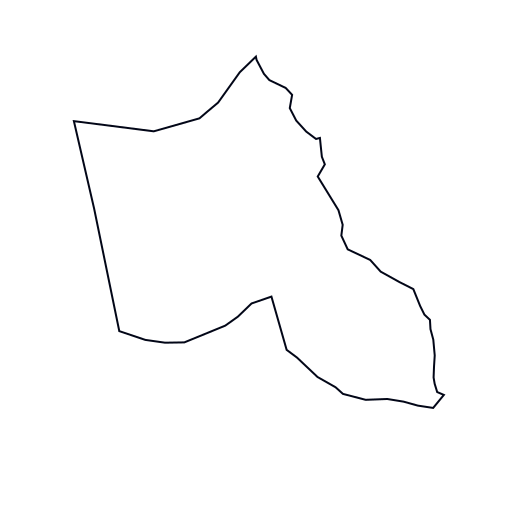 the district of Amiantos, Limassol, Cyprus, rotated 345°
{"feature_id": "46923920B1926327299248", "entity_name": "Amiantos", "entity_type": "district", "adm_level": 2, "iso_a3": "CYP", "parent_name": "Cyprus", "parent_adm1": "Limassol", "projection": "orthographic", "projection_center": [32.932, 34.921], "detail": "fine", "context": "isolated", "style": "outline", "palette": "ink", "viewbox_px": 512, "rotation_deg": 345, "n_neighbors": 0, "source": "geoboundaries", "source_scale": "gbopen_adm2", "svg_char_len": 913}
<svg xmlns="http://www.w3.org/2000/svg" viewBox="0 0 512 512"><g transform="rotate(345 256 256)"><path d="M287.9,74.3L259.1,98.0L245.8,104.2L237.0,108.4L189.5,109.1L115.0,78.6L111.9,168.4L104.5,293.2L127.4,308.4L145.7,316.2L164.4,320.9L208.3,315.3L222.8,309.9L239.4,300.7L260.4,299.2L261.3,354.6L269.3,364.7L273.9,372.2L284.1,388.8L298.9,403.4L304.3,411.7L324.7,423.3L345.8,428.1L360.9,434.9L373.6,442.4L387.8,448.6L401.5,438.8L395.8,434.3L395.5,425.7L396.1,419.3L399.3,409.0L402.9,398.3L405.6,382.7L405.6,371.8L407.5,362.7L403.5,356.2L401.6,346.7L399.4,328.7L387.8,318.3L372.4,303.4L365.3,289.4L346.3,273.3L343.7,258.4L347.8,248.3L347.5,233.1L336.2,195.2L346.2,185.3L345.3,177.2L347.0,166.5L348.3,158.5L344.3,158.5L342.7,156.5L336.7,148.8L329.9,135.6L326.9,121.9L332.6,109.7L328.2,101.4L316.1,91.0L314.4,89.5L310.8,82.1L307.3,66.7L307.5,63.4L287.9,74.3Z" fill="none" stroke="#020617" stroke-width="2"/></g></svg>